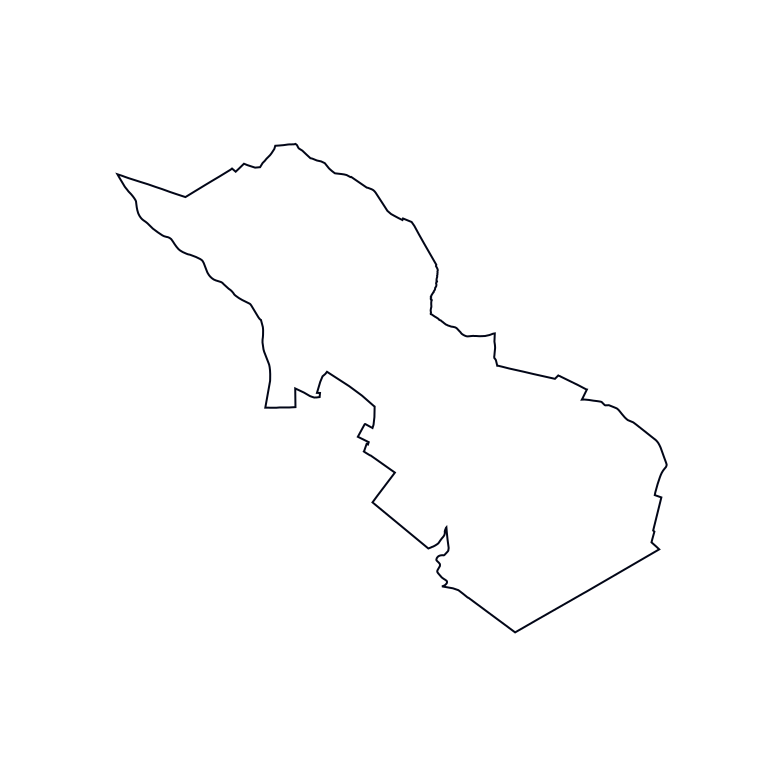 outline of Foieni, Satu Mare, Romania, rotated 11°
{"feature_id": "2599482B43707290171082", "entity_name": "Foieni", "entity_type": "district", "adm_level": 2, "iso_a3": "ROU", "parent_name": "Romania", "parent_adm1": "Satu Mare", "projection": "albers", "projection_center": [22.347, 47.703], "detail": "fine", "context": "isolated", "style": "outline", "palette": "ink", "viewbox_px": 768, "rotation_deg": 11, "n_neighbors": 0, "source": "geoboundaries", "source_scale": "gbopen_adm2", "svg_char_len": 6103}
<svg xmlns="http://www.w3.org/2000/svg" viewBox="0 0 768 768"><g transform="rotate(11 384 384)"><path d="M579.5,586.0L619.8,551.3L622.2,549.3L685.7,493.8L682.4,491.7L676.8,488.4L677.0,484.9L677.6,477.3L676.2,476.5L676.2,476.2L677.9,442.4L671.0,441.4L671.0,438.7L671.7,429.9L672.6,423.0L673.0,420.7L673.6,418.2L674.5,415.7L675.3,414.1L676.6,411.7L676.8,410.8L676.9,409.8L676.8,409.1L675.9,407.4L674.2,404.6L672.5,401.8L670.8,398.9L667.7,393.7L666.1,391.5L664.6,389.7L663.3,388.5L661.7,387.3L639.3,375.7L636.0,374.1L630.2,372.9L628.7,372.1L626.8,370.9L623.4,368.2L620.7,365.9L619.2,364.7L617.7,363.8L617.0,363.5L614.1,362.9L608.8,361.9L605.4,362.7L604.7,362.6L602.9,361.4L601.0,360.1L600.8,360.1L600.0,360.0L597.0,360.1L592.7,360.4L589.7,360.5L587.8,360.6L583.7,361.0L581.2,361.6L581.7,360.0L584.2,350.7L583.8,350.7L583.2,350.6L574.9,348.1L556.0,343.0L555.1,342.7L554.0,342.6L553.8,342.6L553.4,342.4L550.8,346.3L528.9,345.7L518.8,345.3L503.9,344.9L497.0,344.5L494.8,344.4L492.5,344.3L491.7,344.5L489.6,339.9L489.1,339.0L488.4,338.3L487.4,337.5L487.2,336.9L487.0,336.4L486.9,334.7L486.6,331.9L486.2,327.4L485.8,325.8L485.3,324.1L484.3,321.3L483.7,317.2L483.1,313.2L482.3,313.5L481.5,313.8L479.7,314.9L478.9,315.4L478.0,315.9L475.9,316.8L474.1,317.6L472.8,317.9L471.2,318.3L468.5,318.9L465.3,319.3L463.3,319.7L462.6,319.7L461.8,319.9L457.1,321.3L455.7,321.4L454.0,321.1L452.6,320.7L450.7,319.9L449.6,319.0L449.1,318.5L447.9,317.7L444.9,315.5L444.3,315.2L443.0,314.8L442.9,314.8L440.7,314.7L440.4,314.7L440.1,314.8L438.8,314.8L437.0,314.5L435.8,314.4L434.4,314.0L433.4,313.8L430.6,312.4L430.0,312.0L428.8,311.5L427.7,310.8L427.2,310.7L426.3,310.6L426.0,310.5L425.2,309.8L424.4,309.4L422.4,308.6L421.2,308.2L419.5,307.5L418.0,306.8L417.3,306.6L416.6,306.5L416.5,306.3L416.4,305.7L416.5,304.9L416.0,303.6L415.8,303.0L415.7,301.9L415.7,300.6L415.7,299.8L415.8,299.5L415.6,298.4L415.1,296.5L414.8,294.8L414.7,293.6L414.9,292.8L414.9,292.5L414.7,292.4L414.1,292.3L413.8,291.9L413.6,291.1L413.6,290.9L413.8,290.6L413.5,290.4L413.5,289.6L413.3,289.3L413.4,289.1L413.6,288.8L413.6,288.0L413.9,287.4L414.2,286.5L414.8,285.0L415.1,284.6L415.2,284.4L415.1,284.2L415.2,283.6L415.3,283.3L415.9,281.9L416.0,281.0L415.9,279.8L416.5,278.4L416.6,277.6L416.5,276.7L416.4,276.2L415.9,275.2L415.9,274.9L416.0,274.4L416.4,273.6L416.5,273.2L416.4,273.1L415.9,273.1L415.8,272.7L415.9,272.1L415.7,271.6L415.6,271.2L415.6,270.7L415.7,269.3L415.8,268.6L415.5,267.8L415.4,267.4L415.5,267.0L415.6,266.6L415.5,266.0L415.3,265.4L415.4,264.7L415.0,263.4L415.1,262.2L414.8,261.3L414.1,260.2L412.5,258.3L412.6,257.0L397.1,239.1L389.7,230.4L383.6,223.0L380.2,219.7L371.1,217.9L370.8,219.5L366.7,218.4L362.2,217.0L358.5,215.8L354.3,213.4L350.4,209.3L339.2,197.7L338.0,196.7L336.6,195.8L334.8,195.2L330.8,194.5L329.6,194.5L312.3,187.0L311.6,187.3L307.4,186.0L304.9,185.9L302.4,186.0L296.1,186.5L295.5,186.5L292.3,184.9L289.9,183.5L288.8,182.8L284.2,178.9L283.7,178.5L279.8,177.5L275.5,177.4L270.9,176.5L270.1,176.4L268.7,176.4L264.0,173.5L259.3,170.5L255.9,169.2L255.3,168.9L254.8,168.4L253.9,167.3L253.1,166.2L251.3,165.2L249.9,165.9L244.4,167.1L239.8,168.7L235.6,169.9L231.8,170.9L231.5,174.2L229.5,179.1L228.5,181.1L225.6,185.4L224.4,187.7L222.7,190.2L221.0,194.8L216.2,196.2L211.2,195.6L208.1,195.2L204.5,194.5L200.4,200.4L197.9,203.9L193.7,201.5L192.6,202.8L187.8,207.2L183.0,211.6L175.7,218.1L170.6,222.7L164.9,227.9L161.7,230.8L155.5,236.5L153.4,238.4L148.6,237.8L143.8,237.2L137.1,236.3L128.9,235.0L121.9,234.1L114.4,233.0L106.2,232.1L94.3,230.7L90.2,230.1L87.2,229.6L83.9,229.2L82.3,229.0L84.3,231.3L85.8,233.0L87.7,235.1L90.3,238.0L91.8,239.7L92.8,240.6L94.6,242.1L96.5,243.8L99.5,245.9L101.8,247.8L103.5,249.4L104.9,250.9L105.7,252.0L106.4,254.2L107.6,257.8L108.7,260.5L110.2,263.4L111.8,265.5L113.5,267.2L115.1,268.4L116.6,269.2L119.1,270.3L121.0,271.3L127.5,275.6L132.9,278.2L138.1,280.4L140.0,280.9L142.4,281.1L143.8,281.1L145.6,281.5L147.5,282.4L149.6,284.4L151.8,286.7L154.0,288.8L156.5,290.8L158.3,291.8L161.3,292.9L165.2,293.8L167.0,294.1L168.8,294.1L175.2,295.2L179.7,296.4L181.4,297.1L182.6,298.0L184.0,299.7L188.3,306.6L189.4,308.3L191.2,310.3L192.7,311.6L194.7,312.9L196.9,313.9L199.1,314.4L204.5,315.0L206.0,315.5L207.7,316.7L213.3,320.1L215.5,321.1L217.2,322.2L219.0,323.7L219.9,324.7L221.4,325.6L225.1,327.3L228.8,328.6L236.8,330.8L237.6,331.2L238.7,332.2L248.0,342.5L249.3,343.7L250.5,344.5L251.0,344.6L254.2,351.2L254.8,353.2L255.1,354.4L255.9,358.9L256.2,361.4L256.3,363.5L256.8,366.4L259.1,373.0L260.2,375.2L266.5,385.2L267.6,387.0L268.5,389.2L269.5,392.3L270.4,396.0L271.2,400.3L271.6,402.7L272.0,429.9L283.0,427.8L286.2,426.9L295.1,425.2L301.5,423.6L297.7,405.3L307.1,407.7L313.7,410.0L315.6,410.3L318.0,410.6L320.3,410.1L323.3,409.1L322.9,405.0L319.9,405.5L321.0,394.1L322.2,388.2L324.5,385.3L325.7,382.9L350.3,392.8L364.6,399.6L378.0,407.4L379.1,407.9L380.9,418.3L381.5,426.0L381.1,429.4L373.6,427.0L373.1,426.9L372.8,427.1L372.6,427.5L368.4,440.8L380.1,444.0L379.8,446.4L378.7,446.0L378.4,446.0L377.3,453.6L377.1,454.1L379.0,454.9L383.8,456.7L384.5,456.7L384.7,456.8L411.6,468.9L399.0,494.6L395.3,502.4L458.9,537.0L461.0,535.7L461.9,535.0L463.4,534.1L465.0,532.8L466.4,531.5L467.6,530.2L468.0,529.5L469.1,526.9L470.2,524.6L471.3,522.7L472.0,521.1L472.2,519.5L472.1,518.3L471.8,517.4L471.8,516.1L472.1,514.5L472.3,513.3L472.6,512.8L474.1,518.1L476.1,524.7L478.8,532.7L478.8,533.6L478.9,535.1L478.8,535.6L478.4,536.4L476.1,540.1L475.8,540.4L475.5,540.7L475.2,540.8L474.1,540.9L472.9,541.2L471.7,541.7L470.5,542.5L469.8,543.3L469.4,544.1L469.1,544.7L469.0,545.3L468.9,546.2L469.0,546.8L469.7,547.5L472.0,549.0L472.8,549.7L473.2,550.1L473.5,550.9L473.6,552.1L472.7,554.7L472.1,556.5L472.0,557.1L472.0,557.7L472.4,558.6L473.3,559.5L477.5,562.8L478.7,563.4L479.8,563.9L481.4,564.5L482.9,565.2L483.4,565.7L483.6,566.1L483.7,566.6L483.7,567.2L483.5,567.9L483.0,568.7L482.5,569.5L481.8,570.2L481.2,570.6L480.4,571.1L479.5,571.6L490.7,571.4L495.7,572.1L496.4,572.2L501.4,574.7L507.0,577.7L507.6,577.7L530.2,588.5L539.0,592.7L543.0,594.6L560.1,602.8L579.5,586.0Z" fill="none" stroke="#020617" stroke-width="2"/></g></svg>